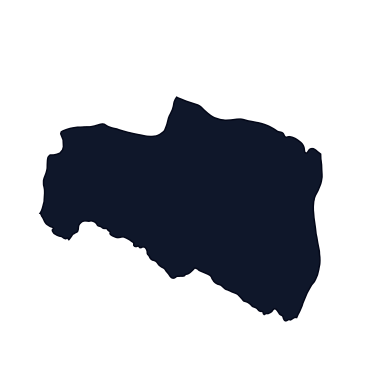 outline of As Sawm, Hadramawt, Yemen, rotated 111°
{"feature_id": "15242507B25439284744831", "entity_name": "As Sawm", "entity_type": "district", "adm_level": 2, "iso_a3": "YEM", "parent_name": "Yemen", "parent_adm1": "Hadramawt", "projection": "equal_earth", "projection_center": [49.843, 16.023], "detail": "fine", "context": "isolated", "style": "filled", "palette": "ink", "viewbox_px": 384, "rotation_deg": 111, "n_neighbors": 0, "source": "geoboundaries", "source_scale": "gbopen_adm2", "svg_char_len": 6053}
<svg xmlns="http://www.w3.org/2000/svg" viewBox="0 0 384 384"><g transform="rotate(111 192 192)"><path d="M208.3,337.7L210.2,338.6L211.4,338.8L212.8,338.6L214.1,338.3L218.1,337.0L220.8,336.0L222.1,335.6L223.2,335.4L225.7,335.1L227.0,335.0L231.9,335.0L233.1,334.9L234.5,334.7L235.6,334.3L237.9,333.4L238.9,332.9L240.0,332.1L241.1,331.4L242.5,330.6L243.6,330.1L246.1,329.1L247.4,328.7L250.9,327.6L252.2,327.2L253.3,326.8L254.6,326.5L255.9,326.4L259.1,326.0L261.5,325.8L263.9,325.8L266.3,326.2L266.2,325.9L266.8,325.1L267.5,324.4L268.3,323.7L268.9,322.8L269.6,321.9L270.9,320.5L272.3,319.1L272.9,318.3L273.5,317.4L274.0,316.5L274.3,315.5L274.8,313.1L275.0,311.9L274.9,309.6L275.3,308.6L275.9,308.0L276.7,308.5L277.5,308.8L278.3,308.4L279.0,307.6L280.1,306.0L280.3,304.9L280.5,303.6L280.7,302.5L280.7,301.3L280.7,300.1L280.5,299.1L280.3,297.9L280.5,296.6L280.9,295.5L281.0,294.4L280.9,293.1L280.1,292.5L279.5,291.5L280.1,290.8L280.6,289.9L279.8,289.6L277.3,288.9L275.6,288.5L274.7,288.4L273.8,287.9L273.1,287.2L272.3,286.7L270.9,285.4L270.1,284.8L269.2,284.7L268.4,284.8L267.4,284.9L265.7,285.4L264.0,285.8L263.1,285.7L262.3,285.6L260.6,284.9L259.8,284.5L259.0,284.0L258.3,283.2L257.7,282.4L257.2,281.3L256.6,279.3L256.4,278.3L255.9,277.2L255.3,276.4L254.9,275.4L254.8,274.4L254.8,273.2L254.8,272.2L255.5,270.2L256.1,269.3L256.8,268.5L257.2,267.5L257.0,265.1L257.1,263.9L257.5,262.9L257.7,261.8L257.4,260.7L257.0,259.7L256.7,258.7L257.0,257.7L257.7,256.8L258.1,255.7L258.2,254.7L258.7,253.9L259.6,253.8L260.4,253.5L260.9,252.7L261.2,251.6L261.4,250.5L261.5,248.1L261.5,246.9L261.4,245.8L261.1,244.8L260.1,242.9L259.5,242.1L259.0,241.2L258.5,240.2L258.4,239.0L258.5,236.7L258.8,234.3L259.0,233.0L259.7,230.6L259.9,229.5L260.2,228.5L260.9,227.9L261.7,227.6L262.6,227.3L263.2,226.3L263.2,225.3L262.8,224.3L262.2,223.6L261.6,222.8L262.6,220.7L262.2,219.6L261.4,219.0L260.9,218.2L260.5,217.2L260.5,216.1L260.9,215.2L261.5,214.4L262.1,213.6L262.9,213.0L263.6,212.5L265.4,211.7L266.1,211.0L266.6,209.9L267.1,209.1L267.8,208.3L268.4,207.7L269.1,206.7L269.5,205.6L269.7,204.5L269.5,203.1L269.5,202.0L269.6,200.9L270.0,199.9L270.5,199.0L271.7,197.2L272.2,196.2L272.8,194.0L273.0,192.9L273.1,191.6L273.3,190.6L273.8,189.5L274.4,188.7L275.0,187.9L276.7,184.8L277.2,184.0L277.8,183.2L278.4,182.4L278.9,181.4L279.3,180.4L279.3,179.3L279.0,178.3L278.4,177.5L277.6,176.9L276.8,176.5L276.1,175.8L275.6,174.8L275.2,173.7L274.7,172.8L273.9,170.6L273.4,169.7L272.8,169.0L271.9,168.8L271.1,168.4L270.6,167.5L270.0,166.7L269.3,166.0L267.7,164.9L265.1,163.6L263.3,162.8L262.5,162.6L261.8,162.1L261.8,159.1L262.3,158.2L262.6,157.2L262.7,156.0L262.9,150.1L263.0,147.8L263.3,145.5L263.7,144.4L264.3,143.5L265.0,142.8L265.7,142.2L266.3,141.3L267.6,139.6L268.0,138.6L268.4,137.6L268.6,136.4L268.8,135.2L268.6,132.9L268.6,131.7L268.9,130.7L269.3,129.7L270.5,126.6L270.7,125.4L270.6,123.2L270.7,121.9L270.7,120.7L270.9,119.5L270.9,118.2L270.9,114.8L271.0,113.6L271.2,112.5L272.7,109.3L274.2,106.4L274.8,105.5L275.2,104.5L275.0,102.2L275.0,101.1L275.1,99.9L275.7,97.7L276.1,96.7L277.0,94.9L277.2,93.8L277.1,92.6L277.2,90.3L277.6,89.2L278.7,87.2L278.9,86.1L278.8,85.0L278.4,84.1L278.5,82.9L279.2,82.1L280.0,81.8L280.5,80.7L279.8,80.1L279.0,79.5L278.6,78.5L278.3,77.5L277.6,76.8L276.2,75.5L275.4,75.0L274.7,74.6L273.8,74.5L272.1,73.8L271.4,73.2L271.2,72.1L271.5,71.0L272.5,69.3L273.8,67.5L274.5,66.6L274.9,65.4L275.0,64.2L275.2,63.1L275.9,62.2L276.7,61.8L278.1,60.4L278.7,59.5L278.7,58.3L278.1,57.5L277.4,56.9L276.6,56.3L276.2,55.3L276.1,54.2L275.4,53.6L273.0,51.9L272.4,51.2L271.9,50.3L271.7,49.3L269.0,49.2L267.7,49.1L266.4,48.9L265.2,48.8L264.1,48.7L259.0,48.5L257.4,48.6L255.9,48.7L245.3,48.4L242.8,48.1L241.5,47.9L240.0,47.7L237.5,47.3L235.7,47.0L231.9,45.7L229.3,45.4L224.5,45.2L219.0,45.9L216.5,46.4L214.1,46.8L212.6,47.2L210.2,48.0L207.1,49.3L204.2,50.8L202.8,51.4L201.5,52.0L194.5,56.4L189.7,59.2L186.8,61.1L184.1,62.5L181.4,63.9L172.4,68.9L168.0,71.0L165.6,72.2L164.3,72.7L163.1,73.2L161.7,73.7L159.3,74.4L158.0,74.8L156.8,75.1L155.6,75.2L154.4,75.5L153.3,75.6L150.9,75.6L148.6,75.3L146.2,75.0L144.9,74.9L139.7,74.8L138.2,74.8L135.6,75.1L131.4,76.0L128.9,77.0L124.9,78.8L120.2,80.8L118.7,81.6L116.4,82.8L115.2,83.5L110.5,85.5L109.3,89.5L108.7,91.0L108.3,92.6L108.1,94.2L108.5,95.6L109.3,96.8L110.3,97.6L112.7,98.2L113.8,98.4L114.9,99.2L114.6,100.8L113.5,101.6L111.3,102.8L110.2,103.5L109.2,104.4L108.4,105.3L107.5,106.6L106.8,108.1L105.8,111.4L105.4,113.1L105.1,114.6L105.0,116.3L105.0,118.0L105.2,119.6L105.5,121.0L106.2,122.3L107.1,123.3L107.2,124.8L106.4,126.0L105.5,126.9L104.7,127.9L104.3,129.3L104.4,130.8L104.7,132.4L104.8,133.9L104.0,137.2L103.7,138.8L103.3,141.7L103.1,143.4L103.0,145.1L103.0,148.6L103.2,151.7L103.4,153.2L103.6,154.9L104.0,156.8L104.8,161.6L105.5,165.1L106.0,170.2L106.3,171.8L106.7,173.2L108.0,176.2L108.7,177.5L110.8,181.4L112.8,185.8L113.3,187.2L113.6,188.8L114.0,190.2L114.3,191.9L114.4,193.6L114.6,196.7L114.6,198.2L114.3,200.3L113.9,202.2L113.3,204.1L112.9,205.5L111.1,210.3L109.7,213.4L109.2,214.7L108.9,216.2L108.7,217.7L109.3,229.5L109.3,231.5L109.2,235.1L109.2,236.6L109.2,238.4L109.0,240.3L111.5,240.8L114.2,240.9L115.6,240.7L118.6,240.1L119.8,240.0L122.3,239.8L123.6,239.9L126.4,240.1L127.5,240.2L129.1,240.4L130.2,240.4L131.4,240.4L137.2,239.7L138.6,239.6L143.9,239.6L145.0,239.8L146.1,240.3L148.5,241.8L149.6,242.5L150.8,243.6L151.9,244.7L152.8,245.9L153.5,247.3L154.2,248.6L154.9,250.2L155.5,252.0L156.1,253.9L156.5,255.8L157.3,260.7L157.6,262.2L158.3,266.3L158.8,269.6L159.0,271.3L159.3,273.0L159.8,278.5L160.1,282.6L160.1,284.7L160.7,288.3L160.9,290.2L161.0,293.5L160.8,295.2L160.2,298.1L160.5,299.8L161.2,301.1L161.9,302.2L163.6,304.4L164.4,305.5L165.3,306.6L167.0,309.3L167.7,310.5L168.4,312.2L169.1,314.0L169.6,315.2L170.2,316.6L170.8,317.8L171.5,319.4L172.6,322.2L174.8,326.1L175.5,327.2L176.3,328.5L178.0,330.7L178.9,331.8L180.8,333.9L181.3,334.4L181.7,334.8L182.8,335.6L184.7,335.4L189.5,331.0L195.9,328.2L199.1,327.9L203.0,329.2L205.3,331.8L207.0,334.4L208.3,337.7Z" fill="#0f172a" stroke="#020617" stroke-width="1.5"/></g></svg>